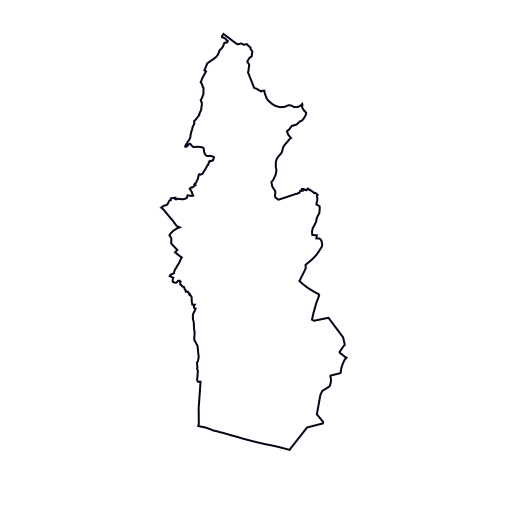 5e Arrondissement, Analamanga, Madagascar, rotated 212°
{"feature_id": "10022922B36895306051586", "entity_name": "5e Arrondissement", "entity_type": "district", "adm_level": 2, "iso_a3": "MDG", "parent_name": "Madagascar", "parent_adm1": "Analamanga", "projection": "robinson", "projection_center": [47.548, -18.883], "detail": "fine", "context": "isolated", "style": "outline", "palette": "ink", "viewbox_px": 512, "rotation_deg": 212, "n_neighbors": 0, "source": "geoboundaries", "source_scale": "gbopen_adm2", "svg_char_len": 6153}
<svg xmlns="http://www.w3.org/2000/svg" viewBox="0 0 512 512"><g transform="rotate(212 256 256)"><path d="M401.2,427.1L401.4,424.8L400.8,423.6L397.8,424.1L397.1,424.1L396.1,423.6L393.7,423.3L393.7,422.3L394.0,421.3L395.4,420.5L395.8,419.7L395.0,416.6L395.1,414.2L395.8,411.3L395.8,410.4L395.2,408.2L395.0,405.8L395.4,403.4L396.0,401.5L399.4,393.7L398.1,386.1L396.2,386.1L395.8,378.6L395.2,375.6L395.0,374.0L393.8,373.6L392.9,373.0L391.6,372.0L391.1,371.3L390.0,371.0L389.0,369.8L387.4,367.0L386.9,366.5L386.3,365.0L385.5,360.7L385.4,359.9L385.5,358.9L384.3,357.9L383.8,357.8L383.3,357.4L381.7,355.0L381.4,353.7L380.3,351.7L379.9,350.5L379.5,347.1L379.1,345.6L378.8,345.5L379.5,339.0L379.9,337.8L379.7,337.1L378.3,335.3L378.3,333.6L378.1,331.8L377.2,329.4L376.8,327.4L375.7,324.2L375.1,322.8L374.5,321.8L374.3,319.7L374.4,312.7L374.1,311.5L373.9,311.2L373.2,311.6L372.6,312.7L372.2,315.2L371.7,316.0L371.2,316.3L367.8,315.2L366.8,315.3L362.9,318.0L359.7,319.5L358.4,319.7L358.1,319.8L357.3,319.5L355.1,316.7L353.4,315.4L352.5,315.0L351.3,314.8L350.6,314.9L349.6,315.3L347.6,316.9L344.0,317.6L343.6,316.2L343.2,314.4L343.3,314.1L343.6,314.0L343.7,313.6L344.6,312.4L345.6,312.2L345.7,311.0L345.7,310.9L345.4,310.8L345.4,309.4L345.0,309.0L344.9,307.8L345.2,307.7L345.2,306.1L344.9,303.3L345.1,301.0L344.9,297.7L345.1,297.0L346.4,295.4L347.2,295.5L347.5,295.0L347.4,293.9L346.7,292.1L346.1,290.3L346.0,288.2L345.6,286.6L346.1,285.4L346.2,284.1L344.9,284.0L346.4,280.3L346.8,280.3L347.3,279.6L347.8,278.3L347.8,277.8L347.2,277.7L344.4,276.3L343.7,275.6L342.1,274.3L341.4,274.2L341.2,274.0L341.8,273.3L342.7,272.7L344.9,271.7L345.6,271.5L346.2,271.1L345.9,269.9L345.4,269.0L345.9,267.8L346.4,267.0L348.4,265.1L353.2,262.8L353.4,262.5L353.4,262.0L353.9,261.8L354.4,261.4L355.0,261.5L355.4,262.6L358.6,259.8L358.4,259.5L358.4,258.4L358.0,258.1L358.4,257.7L358.8,256.6L358.5,253.8L358.6,252.5L359.1,251.7L360.4,250.2L361.4,248.5L361.4,247.9L361.8,247.5L362.0,246.8L361.2,246.9L358.3,246.1L348.6,242.9L345.9,242.1L339.5,239.5L338.0,239.4L336.7,239.9L335.9,239.9L337.4,237.9L338.5,235.8L339.5,233.5L340.3,230.3L340.4,227.7L337.4,226.2L336.9,225.8L334.8,222.0L334.4,221.7L333.2,221.3L325.9,219.4L326.6,216.2L321.2,215.6L318.2,215.5L318.2,213.6L317.5,209.2L317.6,205.6L317.4,204.1L317.5,201.2L316.5,197.8L318.3,195.3L318.6,194.4L318.5,193.2L316.9,193.5L314.6,193.7L314.1,191.8L312.9,190.0L310.7,190.3L309.3,191.3L309.2,192.3L308.9,193.7L307.5,194.6L307.0,194.0L306.4,194.2L306.3,193.4L305.2,191.8L303.6,191.6L302.4,191.1L300.6,191.6L299.1,190.2L297.9,189.9L297.6,189.6L297.5,189.2L296.6,188.7L296.5,189.0L296.3,188.9L296.1,189.2L294.8,189.1L294.7,189.5L294.2,189.4L293.6,189.2L291.9,187.9L291.7,188.5L290.6,187.8L289.6,187.5L288.8,186.9L288.0,185.9L286.1,183.0L284.2,181.0L282.2,182.2L282.1,180.5L281.2,179.4L280.7,179.1L279.4,179.4L278.9,177.0L278.8,174.5L278.0,172.0L276.1,169.1L273.9,167.1L269.4,160.7L268.0,159.2L267.3,158.2L266.7,157.3L264.8,153.4L263.8,152.1L258.1,148.9L251.1,140.0L249.5,136.1L249.6,134.6L248.6,133.0L246.5,130.2L246.3,129.3L244.5,127.9L241.2,121.7L240.3,119.7L239.2,118.9L238.4,118.7L237.7,119.0L237.2,119.6L236.4,120.0L224.0,96.6L215.4,83.1L214.9,81.2L207.5,83.9L201.7,85.1L199.9,85.3L195.9,86.8L193.9,87.2L190.4,88.5L182.7,90.6L175.6,92.8L170.9,94.0L161.2,97.0L148.9,101.1L143.9,103.1L135.2,106.2L124.7,109.4L124.7,111.1L121.8,137.7L110.6,149.4L111.0,150.8L120.5,154.0L127.7,172.1L128.3,176.7L124.5,184.5L125.3,187.7L126.4,190.2L126.9,191.0L129.3,193.5L129.4,194.1L122.8,200.9L122.5,201.3L122.4,202.1L124.1,205.8L124.9,208.7L125.4,211.1L125.8,214.5L125.8,215.7L125.3,217.7L127.1,217.6L130.6,218.1L132.2,218.1L133.8,218.4L134.2,218.8L134.3,219.6L134.1,222.1L134.1,224.6L133.7,227.8L138.9,233.1L161.8,242.0L172.5,231.8L174.1,231.8L174.8,231.7L176.9,237.7L180.0,248.1L181.2,254.6L181.7,256.3L182.6,256.5L182.8,256.9L184.3,256.7L187.6,256.4L195.0,256.4L200.6,256.9L205.9,257.8L207.1,270.4L207.5,272.1L208.0,273.0L209.3,274.7L207.8,279.2L206.3,284.1L205.5,288.3L205.2,290.3L205.1,298.1L205.2,298.8L205.5,299.9L206.0,300.9L208.5,303.6L209.9,304.2L211.4,304.4L212.3,304.1L214.1,302.9L214.5,303.5L215.3,305.8L219.4,303.7L220.5,305.0L221.6,306.7L222.7,309.9L222.7,312.5L223.2,316.8L224.4,319.9L224.6,320.8L224.8,322.4L225.0,325.8L226.6,329.1L228.3,331.8L231.3,331.9L232.0,331.7L232.3,332.0L233.7,336.0L235.2,338.3L236.2,339.2L236.3,339.5L236.1,340.5L236.6,340.5L237.8,341.0L240.0,340.6L240.2,340.2L240.5,340.4L241.7,340.5L245.3,340.7L245.4,340.4L246.8,340.5L247.7,340.7L247.9,340.3L248.0,338.6L249.0,338.4L249.0,338.1L249.3,338.0L249.3,338.3L250.6,338.1L250.8,337.8L251.0,338.0L251.8,337.8L252.5,337.2L252.0,336.2L251.3,335.9L252.4,335.0L253.0,334.9L252.7,332.4L253.8,331.5L254.0,330.5L255.8,329.3L256.0,328.6L266.8,315.6L269.9,315.8L270.4,315.9L271.5,316.7L272.0,317.3L273.0,319.7L273.9,321.1L278.5,323.3L279.8,324.2L280.4,325.1L281.5,326.1L282.1,326.9L281.7,329.4L282.2,334.0L282.7,336.3L283.8,338.9L284.8,340.4L286.4,342.0L287.7,344.1L288.8,346.0L289.4,347.5L289.7,349.0L289.9,350.1L289.9,351.3L289.7,352.1L289.6,353.5L289.2,355.3L289.1,357.8L290.5,362.3L290.6,363.3L290.6,365.6L290.1,368.3L289.3,374.1L288.9,374.6L292.6,375.8L294.0,376.7L295.9,378.2L295.8,378.8L295.0,380.2L294.6,385.4L293.5,386.0L293.5,386.7L292.3,387.7L291.4,388.8L291.0,389.9L290.2,393.0L290.0,393.6L288.9,394.9L288.6,396.3L288.4,397.9L288.5,401.6L288.8,402.8L289.3,404.0L291.0,404.5L291.3,404.8L291.9,404.6L293.9,405.5L295.5,406.4L296.4,407.3L296.5,408.5L297.4,409.4L297.7,407.9L298.4,406.2L299.4,404.8L300.6,403.7L302.8,402.4L305.3,402.4L308.3,401.2L309.9,398.8L311.5,397.0L312.6,396.3L314.6,394.9L317.2,394.1L319.5,393.5L323.0,393.5L325.2,393.8L328.4,394.4L330.4,395.3L333.5,397.6L335.0,398.8L336.5,400.6L338.2,399.5L338.4,399.3L338.7,398.3L344.3,398.1L346.7,397.6L360.1,407.5L360.7,409.5L361.6,411.1L362.3,413.2L363.1,414.3L363.9,415.1L366.1,415.9L366.5,416.8L366.5,420.8L365.5,422.8L365.6,423.6L366.3,424.6L367.1,426.9L367.8,427.7L370.3,428.7L370.7,429.0L371.0,429.8L371.9,430.0L374.3,430.3L375.7,430.8L376.0,430.7L376.4,430.6L377.7,429.2L378.3,428.7L380.7,428.5L381.3,428.3L383.8,425.7L387.0,425.8L401.2,427.1Z" fill="none" stroke="#020617" stroke-width="2"/></g></svg>